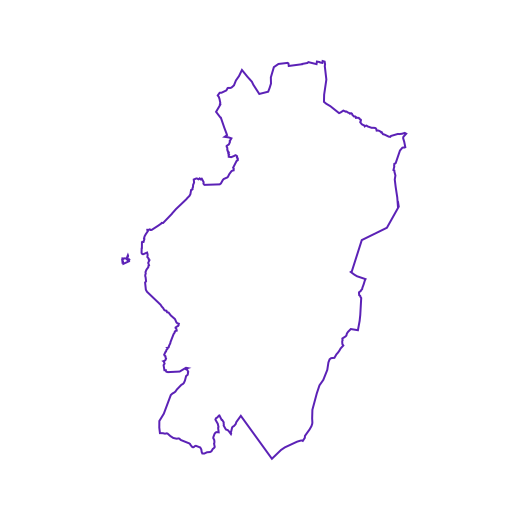 the district of Zamora, Michoacán, Mexico, rotated 101°
{"feature_id": "50627088B36959720964142", "entity_name": "Zamora", "entity_type": "district", "adm_level": 2, "iso_a3": "MEX", "parent_name": "Mexico", "parent_adm1": "Michoacán", "projection": "mercator", "projection_center": [-102.276, 20.024], "detail": "fine", "context": "isolated", "style": "outline", "palette": "violet", "viewbox_px": 512, "rotation_deg": 101, "n_neighbors": 0, "source": "geoboundaries", "source_scale": "gbopen_adm2", "svg_char_len": 6077}
<svg xmlns="http://www.w3.org/2000/svg" viewBox="0 0 512 512"><g transform="rotate(101 256 256)"><path d="M220.2,155.2L203.3,132.9L180.3,125.3L177.8,126.2L178.9,126.5L171.6,128.5L161.5,132.1L154.4,134.4L150.4,134.5L147.1,136.1L145.7,136.5L145.4,137.5L141.9,137.3L141.3,137.6L139.1,137.8L138.6,137.0L138.1,136.6L125.0,134.8L121.8,133.0L121.4,132.2L121.2,130.9L120.7,130.2L115.6,132.3L112.6,133.9L111.7,134.1L111.0,134.1L110.1,133.6L107.3,131.9L106.8,133.5L107.3,134.2L107.4,134.8L107.8,135.2L108.3,136.5L109.0,138.7L109.1,140.0L112.4,146.4L113.4,146.9L113.5,148.5L112.3,153.0L112.2,154.6L111.1,155.7L110.9,156.4L110.5,156.3L109.6,159.2L109.5,160.0L109.9,161.5L108.5,162.1L107.7,163.0L107.6,164.2L108.1,167.0L107.5,171.1L106.9,172.4L107.5,173.6L108.0,174.0L107.2,174.7L106.7,176.8L106.3,177.5L104.8,179.2L104.3,179.2L103.6,178.9L103.1,179.1L102.7,178.9L102.2,179.1L101.7,180.5L101.1,180.9L101.0,181.3L100.8,182.0L101.3,184.2L100.6,184.3L100.3,184.9L100.1,185.3L100.4,186.3L99.1,188.3L98.1,188.9L97.7,189.6L97.7,190.1L98.4,190.9L97.9,191.7L97.5,193.5L97.0,194.5L96.9,195.3L97.2,195.6L96.6,198.0L98.9,200.3L99.9,201.7L94.7,211.7L93.1,216.2L91.7,218.7L84.6,219.9L69.4,220.6L56.5,224.7L54.6,224.8L52.1,225.7L51.9,227.8L53.8,227.7L53.8,230.1L53.5,230.5L53.5,233.3L56.1,233.2L55.7,241.6L56.7,242.3L58.6,247.2L58.9,247.2L63.2,260.1L60.8,260.9L60.4,261.8L63.2,270.6L67.2,274.5L77.8,275.5L83.9,274.2L88.4,274.7L92.4,275.4L96.3,283.7L88.4,291.3L85.7,293.3L81.7,298.6L76.1,305.3L82.6,307.0L87.5,309.2L92.7,310.2L95.2,312.1L95.9,313.1L96.3,315.4L96.6,315.9L98.6,316.5L99.2,316.8L102.3,321.0L102.7,322.8L105.7,324.2L107.0,322.8L109.0,321.7L112.7,320.2L113.9,320.4L114.2,319.9L122.1,322.7L126.9,317.3L126.9,316.9L136.1,311.6L141.6,308.2L142.9,307.5L145.0,309.5L144.8,305.5L145.2,302.6L147.0,303.2L147.7,303.7L148.2,303.8L148.9,303.3L151.6,303.9L153.5,305.8L154.3,305.7L155.0,305.0L155.7,304.7L157.2,304.5L157.6,304.0L158.2,304.0L159.1,302.9L159.3,303.2L160.0,303.0L159.9,302.6L160.1,302.4L160.9,302.5L161.6,301.8L162.2,302.2L162.7,301.9L163.8,301.7L163.7,299.2L161.8,296.3L161.0,295.5L161.1,294.8L161.7,293.6L163.1,293.5L163.5,292.6L164.3,292.3L164.6,292.5L165.5,292.2L166.4,293.2L173.7,295.3L174.5,294.5L176.2,294.3L176.5,295.1L177.3,296.2L180.6,297.8L183.7,298.7L184.3,299.1L186.6,302.4L187.8,303.1L191.5,304.3L192.6,305.3L196.0,320.1L195.7,320.7L195.0,321.4L193.5,321.5L190.4,324.0L190.5,324.4L191.4,324.8L191.2,325.3L190.6,326.2L191.7,327.1L191.2,328.6L191.2,329.1L191.4,329.6L192.8,331.7L195.7,330.8L198.3,331.3L200.3,331.0L201.6,331.3L202.5,331.0L203.0,331.3L203.6,332.3L207.8,332.2L209.7,332.8L212.4,334.6L213.4,335.1L225.2,343.5L230.3,346.5L230.5,346.5L241.3,353.5L241.5,354.9L242.0,355.0L244.9,357.8L250.3,363.4L250.6,364.5L250.1,365.3L250.7,366.1L251.0,367.7L251.4,367.6L252.2,366.9L255.7,368.4L257.9,369.1L260.2,369.3L260.6,368.8L263.7,369.1L263.8,370.4L264.2,370.6L270.1,369.5L270.3,369.7L274.5,369.0L275.3,368.6L275.8,367.8L275.7,366.9L273.4,363.6L274.9,362.8L276.1,362.5L277.7,362.5L279.1,360.8L280.1,360.6L280.4,359.8L283.2,360.5L283.6,360.4L285.5,359.2L286.2,359.7L287.6,359.6L290.2,360.9L292.9,361.4L294.3,360.9L295.7,361.1L296.8,360.9L298.0,360.3L301.8,359.1L303.2,359.8L310.1,357.7L311.9,356.2L322.1,340.3L323.5,339.0L325.0,337.0L326.3,336.0L326.9,334.7L326.8,333.5L328.2,332.5L328.2,331.0L330.6,328.3L333.4,323.5L336.4,321.4L337.0,320.4L337.2,318.9L337.7,319.0L338.4,318.7L339.5,319.1L339.8,319.6L341.5,321.3L341.9,321.3L343.0,320.1L344.4,319.6L345.0,320.8L345.7,321.3L346.6,321.2L348.4,322.0L356.7,323.5L358.1,323.5L360.6,324.2L362.3,324.3L362.6,324.5L363.0,325.4L363.1,325.2L364.1,325.2L365.3,326.0L366.9,326.1L367.2,326.5L370.4,327.3L371.2,326.7L371.5,325.9L371.8,325.7L373.2,325.3L373.8,324.7L375.5,325.1L376.3,325.8L376.9,326.8L377.2,326.1L378.0,325.9L379.1,325.2L380.8,325.9L385.6,324.1L385.4,322.8L385.7,322.8L386.7,321.9L386.8,320.3L384.0,308.9L379.1,303.4L379.1,301.8L379.9,303.2L380.3,303.4L380.5,303.3L380.6,302.5L381.1,301.6L382.7,300.4L383.4,300.6L384.1,300.4L385.6,300.4L387.2,301.7L391.9,302.0L394.4,302.6L395.5,303.3L396.7,304.7L402.1,308.2L404.6,309.3L406.4,311.0L406.7,311.6L408.7,313.1L428.4,316.4L436.4,319.4L442.9,318.2L448.2,316.5L447.7,313.5L447.8,311.9L447.6,310.8L447.1,309.8L447.2,308.9L449.1,305.7L450.4,302.5L450.5,299.1L449.8,297.0L450.0,296.2L450.9,294.9L451.1,294.0L452.7,285.7L453.1,284.9L453.6,284.6L455.5,282.4L455.8,281.3L455.4,280.6L454.3,279.7L453.8,278.8L454.6,274.2L456.3,272.8L458.8,271.9L460.1,271.0L459.8,269.1L458.0,266.6L457.2,263.7L456.2,262.5L453.6,261.6L452.9,260.9L452.0,260.3L451.3,260.1L448.1,261.4L447.5,261.2L445.7,261.5L444.4,262.0L442.9,263.2L442.0,263.3L438.7,262.8L437.5,262.3L436.5,261.4L436.2,259.0L431.9,260.4L431.0,260.2L428.0,261.5L424.4,264.6L423.0,264.4L421.9,263.2L419.7,261.9L419.5,261.5L423.4,258.5L423.3,258.0L425.4,256.0L426.7,255.8L427.6,255.4L428.6,255.4L431.2,253.2L432.1,252.3L432.3,250.5L433.4,249.0L435.6,246.6L435.1,246.5L434.4,246.9L434.3,247.2L433.6,247.0L433.4,247.2L432.8,246.9L428.8,246.7L428.1,246.3L427.0,245.1L424.9,243.9L422.7,243.6L415.8,240.4L452.0,201.7L441.6,194.4L438.3,191.1L430.4,180.2L428.7,177.0L428.3,175.7L428.6,174.8L425.2,173.4L423.2,173.6L416.0,170.3L412.4,169.1L410.1,168.8L408.7,168.9L404.7,169.9L396.2,171.3L379.1,170.1L370.8,169.0L364.8,166.3L354.2,164.3L346.6,164.6L343.3,164.0L341.9,162.7L341.0,159.6L337.2,158.3L335.2,157.1L333.0,156.1L330.6,155.3L327.2,153.2L326.0,154.4L323.8,155.0L322.9,155.1L322.1,154.9L321.0,155.4L320.5,155.5L317.8,152.7L316.8,152.1L314.8,152.0L312.9,151.2L309.6,149.0L309.4,141.8L299.9,141.9L294.0,142.4L277.2,144.7L276.3,145.6L275.3,146.1L274.8,147.2L272.5,147.9L271.9,147.9L270.4,146.5L269.7,146.4L268.3,145.5L266.9,145.5L263.2,144.9L259.3,144.5L257.8,144.1L256.6,153.0L255.5,156.0L253.6,159.9L252.7,159.0L220.2,155.2ZM285.2,380.1L283.8,379.6L283.4,380.2L284.5,381.3L283.7,382.4L282.9,382.4L282.8,382.1L280.9,381.6L280.2,381.6L279.7,381.9L282.9,382.5L283.3,383.2L283.3,384.4L283.6,384.8L283.8,386.5L284.8,386.1L285.0,386.7L287.8,385.8L287.4,385.3L289.0,384.7L285.5,379.8L285.2,380.1Z" fill="none" stroke="#5b21b6" stroke-width="2"/></g></svg>